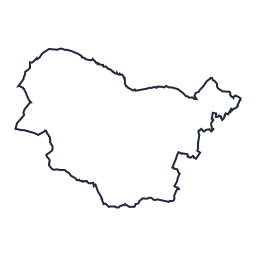 the district of Maynooth Lea-5, Kildare, Ireland
{"feature_id": "5873133B22694450243518", "entity_name": "Maynooth Lea-5", "entity_type": "district", "adm_level": 2, "iso_a3": "IRL", "parent_name": "Ireland", "parent_adm1": "Kildare", "projection": "mercator", "projection_center": [-6.655, 53.364], "detail": "fine", "context": "isolated", "style": "outline", "palette": "slate", "viewbox_px": 256, "rotation_deg": 0, "n_neighbors": 0, "source": "geoboundaries", "source_scale": "gbopen_adm2", "svg_char_len": 3895}
<svg xmlns="http://www.w3.org/2000/svg" viewBox="0 0 256 256"><path d="M97.0,62.9L96.2,62.4L95.9,62.6L94.7,60.8L93.7,60.3L92.9,59.1L92.6,59.8L91.2,59.8L90.7,60.3L85.4,59.2L84.8,58.1L82.9,57.6L82.2,56.8L81.7,57.0L81.6,56.1L77.8,53.7L71.5,51.1L67.1,49.8L65.0,49.9L61.3,48.5L57.1,49.7L49.0,49.0L43.3,52.6L41.3,54.7L39.7,57.5L37.2,59.1L36.9,58.1L32.7,62.2L31.6,62.6L29.9,62.3L30.0,67.9L27.9,70.0L25.3,71.7L24.8,75.1L23.8,76.9L23.5,79.2L18.3,86.2L19.9,85.9L21.1,87.0L23.0,87.7L23.0,88.1L24.3,89.3L24.6,90.6L26.1,93.0L26.6,95.0L29.0,100.2L30.9,102.4L30.0,102.5L24.6,109.3L23.3,112.9L24.2,114.4L23.9,115.3L17.1,123.1L15.4,128.8L21.4,130.1L23.9,130.1L34.1,133.0L37.5,134.4L38.0,135.0L45.2,131.0L45.2,130.5L45.9,130.6L46.6,131.6L46.8,133.2L48.1,134.4L48.8,136.1L49.6,136.9L50.0,138.3L49.8,139.4L50.4,140.4L49.9,142.0L50.9,143.4L51.0,144.2L52.3,145.6L52.5,146.6L52.5,149.6L51.8,150.9L46.3,154.8L47.0,156.8L48.9,158.8L49.7,160.6L49.6,161.7L49.1,162.5L49.3,164.0L48.9,164.5L49.2,165.6L51.8,168.8L52.5,169.4L54.5,169.7L57.4,169.3L58.5,169.8L65.1,170.1L66.5,171.7L69.0,172.9L70.4,175.2L71.3,175.9L75.6,178.4L76.8,180.2L79.2,179.8L79.5,180.5L81.6,181.2L82.1,180.9L82.6,181.6L83.5,181.2L84.4,181.5L84.9,181.1L86.3,181.4L86.2,181.1L87.1,181.2L87.3,181.9L88.7,183.2L91.6,183.3L93.3,182.8L93.8,186.1L95.5,184.7L97.9,191.5L100.4,195.4L102.1,199.1L101.6,199.4L103.1,202.3L103.5,204.1L105.4,203.6L108.9,206.9L110.3,206.4L115.4,206.6L116.0,207.4L118.6,207.5L120.0,206.1L124.3,204.7L124.8,204.2L125.0,204.7L125.3,204.5L125.7,205.0L126.9,205.3L129.6,207.0L131.5,206.7L134.0,206.9L134.9,206.3L135.4,204.2L138.4,203.4L139.4,201.1L142.4,198.4L147.0,198.7L149.8,197.6L151.5,198.0L153.2,199.5L154.8,200.1L157.4,199.4L168.9,201.9L169.6,201.0L170.7,201.1L172.8,200.9L174.0,200.0L174.4,198.8L174.2,195.8L176.3,190.6L177.2,189.5L178.9,188.9L177.9,187.7L176.6,187.4L174.4,186.2L176.8,181.9L178.0,177.3L179.6,173.6L179.0,173.4L178.5,172.3L177.3,169.3L173.5,168.5L173.5,167.7L172.4,167.4L176.1,158.5L176.9,155.3L178.6,152.2L181.6,153.7L181.8,153.3L187.4,154.2L187.5,155.9L188.1,156.2L187.8,156.7L189.8,157.6L190.7,157.6L193.1,155.9L193.9,156.9L193.9,157.7L196.0,158.7L200.1,152.6L197.4,150.8L198.1,147.7L198.0,143.8L199.3,135.0L198.6,133.2L198.6,130.7L199.2,130.3L199.8,130.5L201.2,128.9L202.5,130.1L203.0,131.1L204.0,131.5L204.4,131.4L205.9,129.8L209.5,129.3L211.2,131.4L213.4,129.2L213.2,128.8L211.9,128.5L211.1,123.5L212.1,121.3L213.1,120.7L213.3,119.9L212.8,119.0L211.7,118.8L212.8,112.8L216.2,113.5L215.8,117.0L218.5,116.6L219.0,115.5L221.2,116.6L220.9,117.9L221.7,118.6L221.9,119.8L222.3,120.0L224.1,117.8L224.6,115.5L224.9,115.6L225.2,114.2L225.7,113.3L228.1,114.4L229.3,111.9L230.4,112.2L231.0,110.8L230.3,110.5L231.1,108.8L232.2,109.3L232.5,110.0L234.3,108.4L235.4,108.3L236.8,107.2L237.8,106.1L237.4,105.8L240.0,99.6L240.4,99.8L240.6,98.5L240.4,98.2L238.6,97.0L235.3,95.5L234.9,96.3L233.8,96.6L233.4,98.0L232.6,97.0L231.0,96.3L230.6,95.2L230.0,94.6L230.3,93.4L230.1,92.5L229.2,91.7L222.5,91.4L217.9,88.3L217.1,86.6L216.9,83.6L214.2,80.6L212.8,80.1L212.0,77.9L210.5,77.9L210.0,78.8L206.8,81.2L203.1,86.5L199.5,90.3L198.8,91.7L195.6,93.1L194.5,95.8L196.5,99.1L193.9,98.8L192.7,97.5L188.8,97.6L187.8,96.5L185.6,95.9L183.4,93.4L177.9,89.1L171.6,87.4L168.6,87.4L166.3,86.0L164.0,87.4L162.7,86.9L157.4,86.6L157.0,87.5L156.2,87.8L154.7,86.9L151.1,88.0L149.0,87.8L147.4,88.6L136.3,90.6L135.5,90.6L134.8,89.5L133.4,90.5L127.7,87.6L127.6,87.0L126.3,86.1L126.0,86.1L124.9,83.3L124.8,78.4L124.2,78.4L124.3,77.5L123.4,77.0L123.2,75.8L122.2,74.7L120.5,74.5L120.2,74.2L120.1,74.4L119.7,74.0L119.6,74.6L119.0,74.6L117.3,74.0L117.0,73.2L116.9,73.7L115.2,73.4L114.1,72.6L114.0,72.3L112.6,71.8L112.1,71.1L112.3,71.0L110.4,69.5L108.9,69.1L108.4,68.5L107.9,68.6L105.7,66.4L104.7,66.7L103.6,66.6L102.9,65.9L103.0,64.9L100.1,64.6L99.1,63.8L98.4,64.1L98.1,63.4L97.6,63.7L97.6,63.1L97.0,62.9Z" fill="none" stroke="#1e293b" stroke-width="2"/></svg>